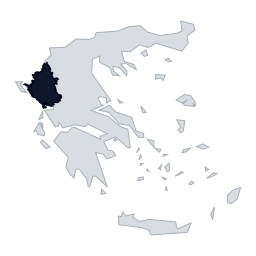 location of Ipeiroy, Ipeiros, Greece
{"feature_id": "26713481B784345685192", "entity_name": "Ipeiroy", "entity_type": "district", "adm_level": 2, "iso_a3": "GRC", "parent_name": "Greece", "parent_adm1": "Ipeiros", "projection": "robinson", "projection_center": [20.637, 39.661], "detail": "fine", "context": "in_parent", "style": "filled", "palette": "ink", "viewbox_px": 256, "rotation_deg": 0, "n_neighbors": 0, "source": "geoboundaries", "source_scale": "gbopen_adm2", "svg_char_len": 8307}
<svg xmlns="http://www.w3.org/2000/svg" viewBox="0 0 256 256"><path d="M180.6,21.0L193.4,24.3L194.7,30.5L187.3,35.6L188.1,43.2L181.9,51.0L155.9,43.3L148.0,47.6L139.8,44.8L129.8,51.8L121.5,51.1L124.3,61.4L133.3,64.3L136.8,69.9L125.6,63.3L120.8,64.2L127.1,71.0L126.6,75.6L119.2,67.5L113.0,66.3L113.3,70.9L119.6,75.9L112.4,74.9L110.1,67.8L99.3,62.0L99.9,56.0L92.4,59.0L91.6,73.4L110.9,100.7L106.4,103.0L106.5,98.1L100.3,96.5L98.1,98.0L99.4,100.8L101.5,105.2L104.1,105.0L91.2,110.4L109.1,117.0L120.4,126.7L127.8,129.2L130.3,147.1L128.2,148.1L115.8,136.8L103.7,141.7L108.0,149.9L113.2,151.2L115.6,155.6L107.1,159.0L103.2,154.3L95.6,152.4L107.3,187.0L95.6,176.1L92.7,176.5L89.7,187.1L88.1,186.2L86.7,179.0L78.8,168.6L75.6,169.9L74.0,177.9L69.9,173.9L65.8,167.0L68.3,157.3L53.7,141.3L61.0,131.7L67.6,132.3L72.0,127.5L75.3,127.7L100.6,139.2L99.9,136.3L107.4,133.7L87.5,124.0L84.9,126.6L75.6,124.8L62.8,127.7L59.1,122.5L58.4,126.0L55.2,126.9L44.4,110.2L53.3,109.5L53.5,105.3L44.7,106.0L32.3,95.9L24.5,83.8L30.9,84.7L34.4,80.8L32.6,75.2L41.5,70.9L45.4,60.6L51.2,55.0L49.4,47.9L65.2,47.3L75.9,39.0L88.7,39.4L94.7,37.5L96.1,32.7L118.0,31.0L128.7,26.6L140.5,25.8L147.2,32.0L159.5,35.5L176.7,33.3L182.1,31.0L180.6,21.0ZM125.9,215.9L134.1,214.0L132.7,217.2L139.2,221.5L148.9,219.4L175.5,221.9L177.3,229.0L191.1,222.9L187.3,232.3L151.2,235.0L148.7,230.1L142.2,227.8L119.1,224.7L118.4,216.0L121.1,216.6L122.8,212.1L125.9,215.9ZM109.1,105.2L116.1,112.1L131.8,117.4L135.9,130.9L143.4,133.2L143.9,137.3L138.2,137.3L129.7,125.5L119.5,123.9L109.0,112.5L99.1,110.3L109.1,105.2ZM190.8,95.8L195.3,102.8L195.5,105.2L193.0,103.9L194.6,106.4L184.5,105.4L183.1,103.7L187.3,100.0L182.2,103.2L176.2,99.9L184.4,94.4L190.8,95.8ZM230.8,203.5L227.5,202.6L227.3,195.8L232.4,190.3L240.6,187.5L237.2,199.2L230.8,203.5ZM183.3,131.0L180.8,132.8L178.0,130.2L180.5,126.7L176.6,119.7L184.8,120.8L183.3,131.0ZM39.1,122.8L45.0,133.4L44.2,135.7L38.0,134.5L36.2,130.5L33.6,132.2L39.1,122.8ZM26.5,92.5L21.5,91.6L15.4,81.9L22.6,81.7L20.5,85.1L26.5,92.5ZM165.2,75.1L163.2,80.6L160.4,77.9L155.5,79.2L155.3,74.6L165.2,75.1ZM202.6,143.9L208.7,147.1L203.3,149.1L196.3,146.6L202.6,143.9ZM147.6,55.2L144.4,56.4L141.0,53.0L146.1,49.9L147.6,55.2ZM42.4,140.1L50.3,147.1L45.8,148.5L40.5,142.5L42.4,140.1ZM169.7,170.6L167.4,171.8L164.8,167.3L169.1,163.3L169.7,170.6ZM153.8,140.9L154.1,147.6L147.1,139.1L153.8,140.9ZM214.6,206.9L212.7,219.9L210.8,214.0L214.6,206.9ZM43.0,117.7L38.9,119.4L42.5,111.2L43.0,117.7ZM105.7,193.4L100.8,194.2L101.8,189.1L105.7,193.4ZM206.7,178.2L213.5,172.8L217.2,173.7L212.0,176.6L206.7,178.2ZM182.0,152.8L183.5,149.5L190.4,148.2L186.6,151.6L182.0,152.8ZM161.5,164.9L160.6,169.8L158.1,168.4L161.5,164.9ZM161.0,149.6L159.2,152.3L155.0,148.1L161.0,149.6ZM146.0,112.3L142.5,112.9L141.0,106.8L143.1,108.1L146.0,112.3ZM171.3,61.2L168.4,62.0L165.1,59.4L168.2,58.4L171.3,61.2ZM143.3,177.0L143.2,179.6L137.9,180.5L138.7,177.7L143.3,177.0ZM183.4,172.6L175.0,176.2L181.7,171.5L183.4,172.6ZM139.4,149.0L136.5,152.8L138.8,147.9L139.4,149.0ZM167.3,154.6L163.2,156.5L163.3,154.1L167.3,154.6ZM194.0,182.7L190.6,185.0L189.0,183.9L191.6,181.0L194.0,182.7ZM208.9,169.5L205.8,171.3L204.9,166.8L208.9,169.5ZM141.6,156.6L139.0,159.6L140.3,154.5L141.6,156.6ZM42.7,123.6L42.9,127.8L40.7,122.7L42.7,123.6ZM166.2,178.5L165.1,180.4L162.3,177.2L166.2,178.5ZM122.6,102.6L119.7,103.2L117.8,99.6L122.6,102.6ZM117.1,140.2L114.9,141.0L113.6,140.1L115.3,138.2L117.1,140.2ZM143.0,163.5L140.3,165.4L140.7,163.6L143.0,163.5ZM166.4,186.2L167.2,190.5L165.5,189.9L166.4,186.2ZM149.2,171.2L146.9,170.8L147.0,168.9L149.2,171.2Z" fill="#d9dde1" stroke="#a8b0b8" stroke-width="1"/><path d="M44.6,63.6L44.3,63.8L44.1,64.1L44.3,64.5L44.0,64.7L43.6,64.8L43.4,65.3L43.0,65.7L42.8,66.2L42.9,66.4L43.2,66.6L43.2,67.3L43.3,67.5L42.8,68.3L42.4,68.4L42.1,68.7L42.0,69.3L42.5,69.8L42.2,70.1L42.0,70.6L42.1,71.2L42.0,71.5L41.4,71.7L40.6,71.8L40.1,72.3L39.4,72.5L38.7,72.6L37.8,71.9L37.4,72.5L37.2,72.5L36.8,72.5L36.5,72.2L36.2,72.3L35.5,72.6L35.1,73.0L35.2,73.4L35.1,73.8L34.8,74.1L34.9,74.3L34.7,74.7L34.4,74.8L34.2,74.9L32.6,74.8L32.8,75.3L33.2,75.8L33.5,76.2L33.3,77.0L33.8,77.3L34.1,77.8L34.5,78.1L34.4,78.3L34.6,78.7L35.3,79.6L35.2,79.8L35.3,80.4L35.0,80.7L34.4,81.4L34.2,81.3L33.5,80.8L32.5,80.4L32.0,80.7L32.5,81.5L32.4,81.7L32.1,81.9L32.1,82.1L32.5,82.7L32.8,82.9L32.8,83.1L32.6,83.3L32.3,83.6L31.9,83.7L31.7,84.0L31.4,84.2L31.3,84.9L30.8,84.6L30.5,84.5L30.5,84.8L30.2,85.2L30.4,85.6L29.5,85.8L28.4,85.5L27.7,85.4L27.0,84.9L26.8,84.6L26.6,84.7L26.2,84.4L25.5,84.3L25.3,84.1L24.7,84.3L25.0,84.4L25.0,84.6L25.0,84.4L24.9,84.4L24.9,84.6L25.2,84.7L26.1,84.6L26.2,84.9L26.7,85.0L27.1,85.3L27.0,85.2L26.8,85.2L27.1,85.6L27.3,85.3L28.1,85.9L28.7,86.0L29.2,86.4L29.3,86.5L29.3,87.0L28.9,87.5L28.6,87.5L29.0,87.9L28.7,88.5L28.4,88.8L28.0,89.5L28.4,89.5L28.6,89.4L28.3,89.5L28.8,89.2L29.1,89.5L29.1,89.3L29.2,89.5L29.5,89.6L29.7,89.8L28.9,89.8L29.0,90.0L29.3,89.8L30.1,89.9L30.6,89.8L31.3,90.1L31.4,90.4L31.2,90.9L30.5,90.6L30.0,90.7L31.0,91.5L31.7,91.9L31.6,92.1L30.3,92.2L30.0,92.1L30.3,92.5L30.6,93.2L30.5,93.5L31.2,93.7L31.7,94.2L31.6,94.7L31.8,95.0L32.0,95.6L31.9,95.9L32.3,96.2L33.1,96.9L33.3,97.1L33.5,97.2L34.4,97.3L34.7,97.2L35.7,97.6L35.7,97.4L35.9,97.3L36.2,97.6L36.5,97.7L36.5,97.4L36.9,97.5L36.7,97.9L36.8,98.4L36.8,98.6L36.9,99.4L38.3,100.2L39.9,102.3L41.0,103.2L41.3,103.2L41.5,103.4L42.6,104.5L42.9,105.0L43.0,105.5L43.0,106.1L42.9,106.2L42.7,106.2L42.6,106.3L43.3,107.8L43.7,108.0L44.1,107.8L44.1,107.4L44.1,107.2L44.2,106.7L44.1,107.0L44.9,107.1L45.1,107.3L45.8,107.7L46.0,107.5L46.0,107.2L45.8,107.1L45.5,107.1L45.3,106.8L44.7,106.4L43.8,106.0L43.7,105.8L43.7,105.7L44.1,105.6L44.3,105.0L44.6,104.9L45.0,104.4L45.4,104.3L45.7,104.4L45.9,104.6L45.7,104.3L45.3,104.2L44.8,104.3L44.9,103.9L45.3,103.7L44.5,103.6L45.0,103.3L45.0,103.2L44.8,103.1L44.5,103.1L44.5,102.9L44.8,103.1L45.1,103.2L45.2,102.9L44.9,102.8L45.0,102.9L45.1,102.7L45.4,103.0L45.6,102.9L45.2,102.7L45.4,102.5L45.5,102.7L45.8,102.8L46.3,103.2L46.3,103.3L46.1,103.6L45.9,103.8L45.6,103.7L45.6,103.8L45.8,103.9L46.2,103.8L46.3,104.0L46.9,104.2L46.7,104.8L46.8,104.9L46.7,105.0L46.9,105.2L47.2,105.1L46.9,104.9L47.0,104.4L47.4,104.3L47.7,104.4L47.5,103.9L48.6,104.3L49.1,104.1L48.8,104.3L48.8,104.7L48.9,105.3L49.5,105.0L49.8,105.4L50.0,105.6L51.0,106.0L51.5,106.2L51.8,106.1L51.3,105.7L51.5,105.7L51.8,105.9L52.2,105.9L51.6,105.6L51.9,105.3L52.0,105.2L51.9,105.1L52.2,105.0L52.4,105.5L52.4,105.2L52.3,104.8L52.5,104.5L53.1,104.6L52.9,104.7L53.3,104.8L53.2,104.5L52.9,104.3L53.0,104.2L52.7,103.7L52.8,103.6L53.3,103.5L52.9,103.0L53.5,102.5L53.5,102.4L53.8,102.3L54.2,102.4L54.6,102.2L55.1,102.2L55.4,101.9L55.7,102.3L55.9,102.4L56.2,102.1L56.5,102.1L57.5,102.5L58.0,102.2L58.8,101.6L58.8,101.1L60.1,100.7L59.9,100.5L59.9,100.3L59.6,100.2L59.5,99.9L59.5,99.5L59.9,99.1L60.0,98.8L60.3,98.7L60.4,98.4L60.6,98.4L60.7,98.2L61.1,97.9L61.5,97.2L61.5,96.9L61.2,96.7L61.2,96.2L61.1,95.8L60.8,95.8L60.9,95.7L60.7,95.5L60.8,95.3L60.6,95.2L60.2,94.9L58.9,94.9L58.6,94.8L58.4,94.9L58.0,94.7L57.9,94.6L57.5,94.3L57.4,94.1L57.6,93.7L57.5,93.3L57.3,93.2L57.0,92.8L56.7,92.5L56.3,92.4L55.6,91.6L55.5,91.2L56.0,91.0L56.0,90.4L55.5,90.5L55.1,90.4L55.3,89.9L55.7,89.7L55.7,89.4L55.5,88.6L55.5,88.0L55.2,87.1L55.2,86.9L55.1,86.7L54.4,86.7L54.4,86.4L54.3,86.2L54.4,85.7L54.1,85.5L53.6,85.0L53.5,84.7L54.1,84.4L54.2,84.1L54.5,84.0L54.6,83.6L55.2,83.7L55.4,83.6L55.5,83.5L55.9,83.8L56.3,83.8L56.3,84.0L56.5,84.2L56.9,84.1L57.0,83.8L56.8,83.6L56.8,83.3L56.5,83.0L56.2,83.1L56.5,82.3L56.3,82.0L56.2,81.5L56.3,81.3L56.3,80.8L56.3,80.6L56.6,80.8L56.9,80.7L56.8,80.4L57.1,80.2L57.3,79.7L57.2,79.2L57.5,79.1L57.9,79.2L58.1,79.1L57.5,78.4L57.1,78.5L56.9,78.3L56.6,78.2L56.4,78.1L56.0,78.1L55.5,78.4L55.1,78.4L54.6,79.0L54.2,78.8L53.7,78.8L53.0,78.4L52.9,78.4L52.9,78.0L52.6,77.7L52.7,77.4L52.5,77.0L52.6,76.6L52.4,76.2L52.0,75.9L51.7,75.6L51.7,75.4L51.6,75.2L51.1,74.9L51.3,74.5L51.9,74.8L52.2,74.6L52.5,74.1L52.4,73.9L52.4,73.5L52.6,72.8L52.3,72.6L51.7,72.5L51.3,72.7L50.6,72.8L50.1,71.9L50.2,71.6L50.1,71.4L49.7,71.0L49.7,70.8L49.3,70.4L49.6,70.3L49.8,70.0L50.5,69.7L50.5,69.4L50.3,69.3L50.3,68.6L49.9,68.5L50.2,68.2L49.9,67.7L49.6,67.5L49.3,66.7L48.8,66.4L48.8,65.9L48.3,65.2L47.7,64.7L47.2,64.1L47.1,63.4L47.0,62.7L46.7,62.8L46.6,63.0L46.4,63.2L46.3,63.8L45.6,64.0L45.0,63.8L44.6,63.6Z" fill="#0f172a" stroke="#020617" stroke-width="1.5"/></svg>